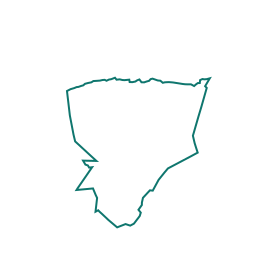 Panelas, Pernambuco, Brazil (Natural Earth projection), rotated 35°
{"feature_id": "56859067B81090165312153", "entity_name": "Panelas", "entity_type": "district", "adm_level": 2, "iso_a3": "BRA", "parent_name": "Brazil", "parent_adm1": "Pernambuco", "projection": "natural_earth1", "projection_center": [-36.058, -8.657], "detail": "fine", "context": "isolated", "style": "outline", "palette": "teal", "viewbox_px": 256, "rotation_deg": 35, "n_neighbors": 0, "source": "geoboundaries", "source_scale": "gbopen_adm2", "svg_char_len": 1342}
<svg xmlns="http://www.w3.org/2000/svg" viewBox="0 0 256 256"><g transform="rotate(35 128 128)"><path d="M109.5,81.7L108.1,83.8L107.4,85.7L105.3,87.9L103.0,89.4L101.3,87.7L97.7,90.8L95.9,91.9L93.3,92.9L90.9,95.0L88.5,94.3L86.3,97.6L84.6,99.3L83.3,101.6L81.3,101.9L79.6,103.3L77.8,105.3L75.6,107.1L72.7,109.4L71.8,111.6L69.6,113.9L67.4,116.5L66.9,118.7L65.5,120.4L63.8,122.8L62.4,124.0L61.1,126.1L58.7,129.1L56.8,132.7L73.2,151.1L87.2,164.7L92.4,169.3L114.1,172.2L121.0,173.1L109.9,180.5L114.1,182.4L116.6,181.7L118.9,182.7L121.1,180.7L121.2,192.1L121.3,206.2L121.4,208.3L134.0,197.6L139.8,201.3L142.8,203.0L149.4,215.2L150.8,212.5L152.7,212.9L156.0,213.3L164.9,214.6L176.1,215.6L178.1,212.6L181.1,208.1L185.8,206.7L187.7,203.0L188.1,193.4L187.0,190.0L183.5,189.0L183.5,186.1L183.5,183.1L182.2,181.2L180.3,176.6L181.7,166.5L184.2,165.1L182.8,152.9L183.4,143.7L183.9,138.2L195.7,115.2L196.9,112.8L199.2,108.2L195.2,105.2L191.3,102.2L185.6,97.1L179.2,78.4L176.1,69.0L169.5,50.0L167.2,49.5L166.5,40.4L164.5,42.8L162.7,44.3L160.9,45.2L159.6,47.4L161.0,50.0L159.4,51.2L158.7,53.2L158.1,55.7L154.6,56.1L149.9,59.3L147.5,60.6L143.8,62.4L138.7,64.9L135.1,67.0L132.0,69.4L130.6,71.0L127.4,70.7L125.1,72.0L122.6,72.7L119.8,73.5L118.5,75.0L118.2,77.3L116.6,79.2L115.0,81.4L112.8,82.8L109.5,81.7Z" fill="none" stroke="#0f766e" stroke-width="2"/></g></svg>